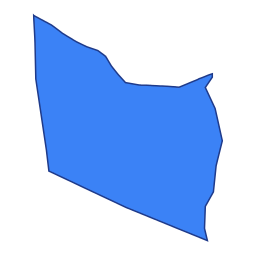 the district of Al Wihda, Southern Darfur, Sudan
{"feature_id": "16777658B17164908055521", "entity_name": "Al Wihda", "entity_type": "district", "adm_level": 2, "iso_a3": "SDN", "parent_name": "Sudan", "parent_adm1": "Southern Darfur", "projection": "natural_earth1", "projection_center": [24.982, 12.873], "detail": "fine", "context": "isolated", "style": "filled", "palette": "blue", "viewbox_px": 256, "rotation_deg": 0, "n_neighbors": 0, "source": "geoboundaries", "source_scale": "gbopen_adm2", "svg_char_len": 1743}
<svg xmlns="http://www.w3.org/2000/svg" viewBox="0 0 256 256"><path d="M107.2,59.0L105.7,56.6L105.6,56.3L105.3,56.2L104.7,55.7L103.5,54.7L103.4,54.7L102.8,54.2L102.4,53.9L102.1,53.7L101.9,53.6L101.7,53.4L101.1,53.0L101.0,52.9L100.1,52.2L99.4,51.7L98.2,50.8L97.8,50.6L97.7,50.5L97.4,50.4L97.1,50.3L96.8,50.2L95.1,49.6L93.3,49.0L92.1,48.6L86.6,46.7L81.6,44.3L80.8,43.9L77.5,42.3L77.4,42.3L77.0,42.0L76.8,42.0L76.6,41.9L74.5,40.6L73.8,40.3L71.9,39.0L67.3,36.3L63.5,33.9L62.7,33.5L58.7,30.4L56.7,28.9L53.4,26.4L53.2,26.3L52.0,25.4L51.7,25.2L51.4,25.0L51.1,24.8L50.9,24.7L50.7,24.6L49.2,23.8L48.8,23.6L46.7,22.4L45.4,21.8L43.8,20.9L41.8,19.8L41.3,19.6L39.3,18.5L37.9,17.7L35.9,16.7L34.2,15.7L33.9,15.6L33.7,15.4L33.8,18.9L34.8,37.6L35.0,42.8L35.8,78.9L46.4,150.0L48.9,171.1L68.5,180.3L83.9,187.6L126.2,207.5L153.2,218.5L177.4,228.4L207.4,240.6L204.5,228.4L205.3,206.4L213.4,191.9L216.1,165.8L217.6,159.6L222.3,140.8L217.5,119.2L215.1,108.5L205.3,87.5L212.3,77.2L212.3,73.8L210.4,74.4L209.9,74.6L209.5,74.7L209.0,74.9L208.4,75.1L206.2,76.0L205.0,76.5L204.3,76.8L204.0,76.9L201.5,77.9L200.0,78.4L198.9,78.8L198.5,79.1L198.2,79.3L197.8,79.5L197.7,79.5L197.4,79.6L197.2,79.7L196.9,79.9L196.3,80.1L195.4,80.5L194.1,81.0L191.4,82.1L190.2,82.6L187.4,83.8L180.6,86.6L179.3,87.1L179.1,87.2L177.8,87.1L176.1,87.0L175.8,86.9L174.3,86.8L173.1,86.7L172.6,86.7L167.5,86.3L167.2,86.3L161.8,86.0L160.2,86.0L155.2,85.7L152.6,85.6L151.1,85.5L150.6,85.4L150.3,85.4L149.4,85.4L148.2,85.3L146.0,85.2L145.2,85.2L143.1,85.2L142.4,85.2L141.4,85.2L141.1,85.2L140.8,85.1L140.7,85.1L140.3,85.1L139.9,85.0L139.4,85.0L139.1,85.0L125.5,82.6L118.5,74.9L118.3,74.7L114.2,69.6L111.3,65.9L107.4,59.4L107.3,59.2L107.2,59.0Z" fill="#3b82f6" stroke="#1e3a8a" stroke-width="1.5"/></svg>